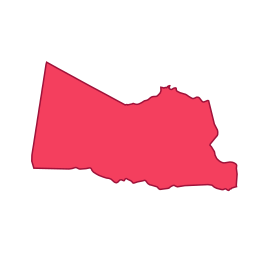 the border of Nimroz, rotated 80°
{"feature_id": "AFG-1751", "entity_name": "Nimroz", "entity_type": "Province", "adm_level": 1, "iso_a3": "AFG", "parent_name": "Afghanistan", "parent_adm1": "", "projection": "natural_earth1", "projection_center": [62.416, 30.83], "detail": "fine", "context": "isolated", "style": "filled", "palette": "rose", "viewbox_px": 256, "rotation_deg": 80, "n_neighbors": 0, "source": "natural_earth", "source_scale": "10m", "svg_char_len": 3254}
<svg xmlns="http://www.w3.org/2000/svg" viewBox="0 0 256 256"><g transform="rotate(80 128 128)"><path d="M49.1,196.7L52.5,192.5L56.9,187.1L57.0,187.0L66.0,175.7L70.8,169.7L74.1,165.6L80.4,157.7L85.1,151.7L91.7,143.3L99.1,134.0L103.9,127.9L104.8,126.8L104.7,126.4L104.7,125.1L104.9,124.6L105.2,124.4L105.0,119.6L104.7,118.7L105.9,116.4L106.3,115.0L106.3,113.6L106.0,112.2L105.3,109.9L104.3,107.6L104.1,106.9L104.0,104.8L103.6,103.2L102.0,100.5L101.5,99.1L101.4,97.7L101.8,94.7L101.4,93.4L99.4,90.6L98.2,89.7L96.8,89.0L93.6,88.6L93.8,88.0L94.4,86.5L94.8,85.9L94.8,85.3L94.7,84.9L94.6,84.4L94.6,84.0L94.9,83.4L94.9,83.1L95.0,82.9L94.9,82.7L94.7,82.6L94.4,82.2L94.0,81.7L93.6,80.3L93.5,79.8L93.6,79.5L93.8,79.6L94.0,79.7L94.1,80.0L94.3,80.5L94.6,80.2L94.9,80.1L95.0,80.2L95.0,80.3L95.1,80.5L95.4,80.8L95.8,80.7L96.3,80.4L97.2,79.6L97.5,79.0L97.6,78.2L97.5,77.8L97.3,77.4L97.0,76.8L96.9,76.6L96.7,75.6L96.7,74.7L96.8,74.1L97.0,73.8L97.3,73.7L97.6,73.7L99.2,73.8L99.9,73.5L100.4,73.2L102.3,70.6L104.9,65.4L106.3,63.8L107.3,62.9L109.0,60.9L109.8,59.9L110.2,59.2L110.3,58.7L110.3,58.4L110.3,58.0L110.1,56.9L109.6,55.3L109.6,54.9L109.7,54.5L109.9,53.6L110.3,53.0L110.8,52.5L114.5,50.5L115.2,49.8L115.5,49.2L115.5,48.6L115.2,46.9L115.0,45.8L114.8,45.4L114.8,45.1L114.8,44.7L114.9,44.3L115.2,43.9L139.1,42.3L145.6,40.3L146.3,40.3L147.5,40.3L149.4,40.7L150.1,40.9L150.6,41.2L151.0,41.5L153.5,44.5L157.9,49.6L158.4,50.0L159.2,50.3L160.4,49.5L160.8,49.2L166.1,47.1L166.6,47.0L169.8,47.0L173.0,46.1L173.9,45.7L176.0,44.1L177.0,43.1L177.8,42.1L178.4,41.2L178.7,40.5L179.0,39.7L179.1,38.9L179.2,33.7L179.4,32.8L179.9,31.2L180.3,30.4L180.8,29.6L182.0,28.2L182.6,27.8L183.1,27.6L183.5,27.5L183.8,27.5L186.6,28.3L192.4,28.6L203.2,31.3L204.6,31.3L204.8,33.7L205.0,34.8L205.0,35.4L205.1,35.8L205.1,36.0L205.6,36.7L205.8,37.1L205.8,37.5L205.8,37.8L205.9,38.2L206.0,38.5L206.8,39.3L206.9,39.8L206.7,40.3L205.8,41.4L204.9,42.3L204.8,42.7L204.8,43.3L205.2,44.9L205.1,45.7L204.8,46.7L202.8,51.1L201.8,52.5L201.2,53.3L198.8,55.3L197.6,59.2L194.6,82.1L194.5,89.5L193.8,90.8L192.5,92.5L192.4,93.7L193.2,96.3L193.9,97.4L194.2,97.9L194.3,98.4L194.4,99.2L194.1,105.4L194.1,106.0L194.0,107.2L192.9,108.5L191.7,109.0L191.1,109.5L190.7,110.1L188.3,114.9L187.7,116.4L187.2,117.0L186.2,118.0L185.4,118.5L183.2,119.6L182.4,120.5L182.6,123.1L182.7,127.9L183.2,131.3L183.2,132.0L183.1,132.5L182.6,132.9L181.5,133.5L180.9,134.0L180.3,134.6L178.4,137.3L177.8,137.9L177.5,138.5L177.5,139.0L177.9,139.8L178.3,140.2L179.1,140.7L179.2,141.1L179.1,141.5L177.8,143.6L177.8,144.8L178.0,145.3L178.4,145.9L179.2,146.9L179.5,147.4L179.7,148.0L179.9,148.6L179.8,149.2L179.5,150.0L178.7,151.0L175.6,153.4L174.9,154.4L174.2,155.7L173.5,157.9L172.0,160.8L169.6,164.8L167.8,167.1L165.5,169.6L163.5,170.8L163.0,170.9L162.4,171.0L161.9,171.2L161.5,171.4L161.1,171.7L160.8,172.2L160.6,172.9L160.7,176.4L160.2,181.5L160.1,182.5L159.7,183.4L158.1,185.6L157.9,186.2L157.8,186.8L158.2,190.1L158.1,193.2L151.2,227.7L143.9,228.5L138.0,227.3L132.4,225.4L127.6,223.7L122.8,222.1L117.9,220.4L113.1,218.8L108.3,217.1L103.4,215.5L98.6,213.8L93.7,212.2L88.9,210.5L84.1,208.9L79.3,207.2L74.4,205.6L69.6,203.9L64.8,202.3L59.9,200.6L55.1,199.0L51.0,197.6L49.1,196.7Z" fill="#f43f5e" stroke="#9f1239" stroke-width="1.5"/></g></svg>